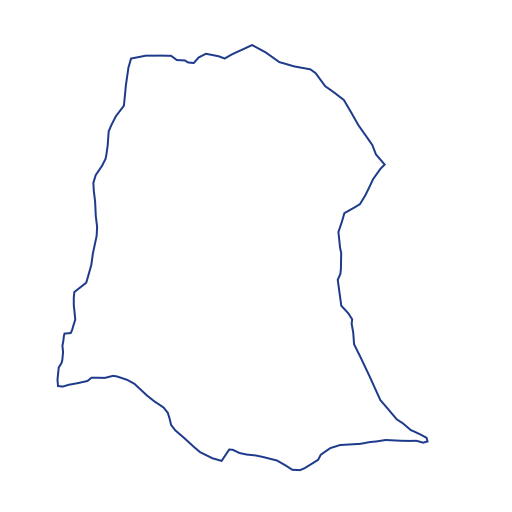 Corisco, Equatorial Guinea (Mercator projection), rotated 5°
{"feature_id": "11065452B63780080368940", "entity_name": "Corisco", "entity_type": "district", "adm_level": 2, "iso_a3": "GNQ", "parent_name": "Equatorial Guinea", "parent_adm1": "", "projection": "mercator", "projection_center": [9.322, 0.913], "detail": "fine", "context": "isolated", "style": "outline", "palette": "blue", "viewbox_px": 512, "rotation_deg": 5, "n_neighbors": 0, "source": "geoboundaries", "source_scale": "gbopen_adm2", "svg_char_len": 1957}
<svg xmlns="http://www.w3.org/2000/svg" viewBox="0 0 512 512"><g transform="rotate(5 256 256)"><path d="M262.3,60.8L248.2,52.5L233.7,46.2L214.5,57.2L207.6,62.0L201.5,60.3L188.5,58.9L181.6,63.2L177.1,69.2L171.4,69.1L168.2,67.4L160.1,67.7L154.0,64.0L144.7,64.6L128.9,66.0L114.3,70.2L112.5,79.5L111.5,97.2L111.4,110.5L111.3,117.8L104.2,129.0L100.5,138.2L98.4,144.6L98.6,159.2L98.1,168.4L97.6,172.5L94.7,179.7L89.3,189.3L87.6,197.3L88.7,205.0L91.0,215.9L92.9,230.1L95.2,241.0L95.5,249.9L93.3,267.6L92.7,279.3L90.3,292.0L89.2,297.4L78.2,307.7L78.1,313.4L78.8,321.1L80.0,327.1L81.5,335.2L80.2,340.9L79.3,345.7L78.1,348.9L72.0,350.0L71.6,352.4L71.5,356.9L71.0,362.5L72.2,368.6L72.1,376.6L71.6,379.5L69.2,384.3L69.1,391.1L69.0,396.4L70.1,402.8L75.0,402.9L80.7,400.6L89.2,398.3L99.0,395.2L102.7,391.6L105.9,391.3L116.1,390.6L123.8,387.9L127.4,388.0L133.1,389.3L138.4,390.6L146.0,393.9L159.7,404.6L167.3,409.6L177.0,414.9L181.8,419.9L184.1,425.5L186.1,431.6L190.5,436.5L200.9,444.0L210.5,451.4L217.4,456.3L230.3,461.3L239.6,463.1L246.2,451.1L249.8,451.1L256.7,453.7L264.0,454.6L272.9,454.7L281.0,455.7L294.7,457.9L303.6,462.0L310.8,465.8L318.5,465.5L323.0,463.1L335.7,453.6L337.8,448.4L341.9,444.9L346.8,440.9L356.2,437.0L361.5,436.2L368.3,435.2L376.0,434.1L385.8,431.4L391.9,430.3L401.2,428.0L417.0,427.4L425.5,426.8L432.0,426.1L438.8,427.4L443.0,425.8L441.8,422.3L435.9,419.7L428.9,417.1L425.3,415.9L417.2,410.1L410.4,406.4L398.8,394.9L392.4,388.7L386.0,377.3L380.1,366.8L369.4,348.5L361.4,335.4L359.5,323.7L357.2,315.2L357.3,310.7L352.9,305.0L345.3,298.1L339.5,272.6L341.6,266.5L341.7,261.3L340.6,245.5L339.1,240.7L336.0,224.9L338.6,214.4L340.3,205.6L350.1,198.9L355.0,195.3L359.6,186.1L363.3,176.5L365.9,169.3L372.5,158.1L376.2,153.7L366.6,144.3L362.2,135.3L355.0,126.7L346.7,116.9L338.3,104.7L329.9,92.9L323.1,88.6L321.5,87.5L316.0,84.2L310.2,80.9L299.4,68.6L293.8,65.3L277.6,63.8L269.1,62.1L262.3,60.8Z" fill="none" stroke="#1e3a8a" stroke-width="2"/></g></svg>